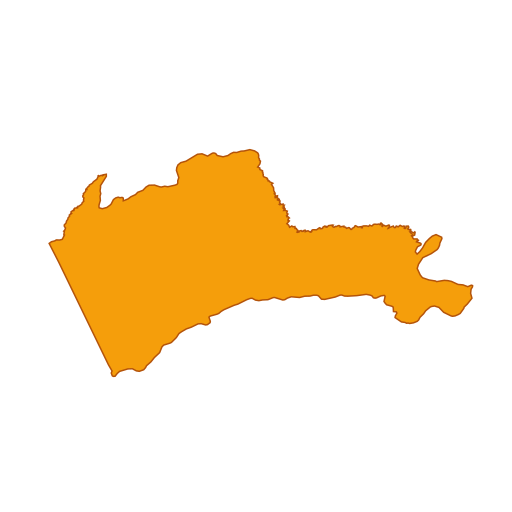 outline of Juruá, Amazonas, Brazil, rotated 64°
{"feature_id": "56859067B52882726289547", "entity_name": "Juruá", "entity_type": "district", "adm_level": 2, "iso_a3": "BRA", "parent_name": "Brazil", "parent_adm1": "Amazonas", "projection": "equal_earth", "projection_center": [-66.308, -3.375], "detail": "fine", "context": "isolated", "style": "filled", "palette": "amber", "viewbox_px": 512, "rotation_deg": 64, "n_neighbors": 0, "source": "geoboundaries", "source_scale": "gbopen_adm2", "svg_char_len": 6144}
<svg xmlns="http://www.w3.org/2000/svg" viewBox="0 0 512 512"><g transform="rotate(64 256 256)"><path d="M307.9,404.2L306.6,402.5L305.1,396.9L302.7,391.8L300.6,385.0L296.4,380.3L295.6,378.0L296.6,371.6L296.6,369.9L294.4,363.4L291.9,359.2L291.4,355.9L291.0,350.5L291.6,345.5L291.6,337.8L292.8,334.9L295.9,331.5L296.4,329.7L295.8,326.5L294.7,325.7L290.3,325.1L289.9,323.6L291.2,316.6L291.3,314.6L290.5,311.6L290.2,308.3L290.7,297.2L291.3,293.4L291.2,283.5L291.6,279.7L292.3,278.0L295.4,275.8L297.4,273.0L298.4,269.3L300.5,264.4L300.9,258.8L301.5,257.4L307.3,251.2L307.9,249.3L307.6,246.2L308.1,242.2L312.4,235.0L313.5,229.8L315.7,225.0L316.4,221.6L317.8,218.7L319.1,217.3L323.5,216.1L325.1,213.3L327.6,202.8L328.0,197.6L328.7,196.0L330.8,194.0L332.3,191.2L335.8,182.8L338.8,173.7L341.3,170.4L342.8,169.2L345.0,168.8L346.1,167.4L346.5,166.0L346.6,161.3L347.6,158.0L348.8,157.6L353.0,160.9L355.0,160.6L357.1,160.0L360.7,155.9L362.1,155.1L366.2,156.8L367.7,154.4L369.1,154.4L371.0,157.1L372.3,158.0L379.0,154.2L381.1,151.1L382.4,150.2L383.0,148.6L384.0,147.5L385.1,143.8L385.4,139.8L384.8,137.9L383.0,135.5L381.4,130.7L379.6,127.5L378.2,121.6L378.4,120.1L379.2,117.5L382.4,114.1L388.9,112.0L395.4,106.9L396.3,105.8L397.1,103.4L397.3,99.9L397.1,97.6L394.2,92.2L393.2,91.4L391.8,87.1L388.6,80.4L383.7,79.5L380.2,77.3L378.6,74.9L377.5,74.3L376.6,75.3L376.4,79.1L372.7,82.6L370.1,86.9L364.5,91.5L362.2,94.4L360.4,97.5L358.2,104.9L357.1,105.7L353.3,111.1L348.7,115.7L347.8,116.1L345.0,116.7L337.9,116.6L334.6,113.5L330.6,106.8L330.7,97.5L329.6,90.3L328.7,88.6L326.9,86.4L325.0,85.1L321.9,81.3L320.5,80.9L315.7,84.8L315.4,88.8L316.3,92.5L318.1,97.5L321.8,102.8L323.9,107.0L324.9,110.4L322.2,111.0L320.7,109.8L318.5,106.8L318.4,103.1L317.6,102.3L316.6,102.5L313.6,105.6L313.2,105.1L313.2,102.5L312.6,103.9L311.3,103.7L309.8,106.8L308.2,107.2L307.3,106.9L306.0,107.4L305.6,106.0L306.7,105.5L306.7,104.2L304.4,102.6L303.9,102.7L304.3,104.0L303.5,104.9L303.8,106.5L302.4,107.0L302.0,105.7L301.1,106.8L300.5,105.4L299.9,105.4L298.8,107.6L298.1,107.6L297.0,106.0L295.9,106.0L295.0,107.9L296.6,109.2L296.7,109.9L296.1,110.6L294.3,109.5L293.8,110.1L293.6,111.6L291.6,113.0L292.1,115.5L290.7,116.5L290.6,117.1L291.5,118.0L291.4,118.8L291.0,119.3L289.3,119.4L288.8,123.9L286.9,122.6L286.4,123.0L286.1,126.2L284.3,127.7L284.8,129.6L284.3,129.7L283.0,128.4L281.3,129.0L281.1,129.6L282.4,130.3L282.3,130.8L281.2,131.4L280.6,133.4L279.5,135.2L279.1,136.7L279.8,138.1L279.7,138.9L278.1,140.3L278.7,141.8L277.4,143.4L276.0,146.4L276.1,147.5L277.2,148.0L276.8,148.8L275.8,148.3L274.7,151.6L272.4,153.2L272.3,153.8L273.3,155.4L273.3,157.3L274.0,158.4L273.7,159.1L271.5,159.7L271.1,160.2L270.8,162.6L269.4,162.8L268.5,164.2L267.7,163.9L266.7,167.6L266.2,167.3L265.1,167.9L264.8,168.6L264.7,171.1L264.2,171.6L264.4,173.3L263.0,174.3L262.6,174.3L262.1,173.1L261.7,173.6L260.5,177.5L261.2,179.7L260.5,180.5L260.3,179.8L259.2,181.1L259.4,183.1L260.3,184.0L260.2,184.9L259.7,186.1L259.3,185.8L258.4,186.6L259.0,190.1L257.3,193.4L257.4,194.6L258.3,195.1L258.1,195.7L258.6,195.8L258.5,196.6L256.1,198.2L255.8,200.6L255.4,200.1L254.2,200.6L254.6,202.1L253.9,202.4L254.3,203.4L254.0,204.0L252.9,204.3L252.6,205.9L253.3,206.8L252.9,208.5L252.5,208.7L252.1,207.3L251.6,207.6L251.3,207.1L249.7,207.9L249.2,207.6L248.3,208.1L248.2,208.8L246.6,208.1L245.8,210.2L244.7,210.6L244.9,213.2L242.7,213.1L240.5,214.1L239.3,211.2L238.8,211.8L238.4,211.7L238.6,210.9L237.5,211.4L236.4,210.3L236.4,209.4L234.6,210.1L234.2,210.9L233.7,210.4L233.2,210.8L232.3,208.9L231.5,209.5L230.5,209.3L229.4,208.2L227.7,209.9L227.2,211.2L226.3,210.2L226.7,209.4L226.2,209.2L225.4,210.2L225.3,209.4L224.8,209.3L223.9,210.2L223.7,209.2L223.1,209.4L222.7,208.3L221.9,209.3L221.2,208.9L220.3,212.2L219.8,212.4L219.9,211.7L219.4,211.1L218.4,211.4L217.2,210.3L215.9,211.4L215.9,210.4L215.3,210.3L214.8,210.4L214.5,211.7L213.8,210.9L212.9,211.2L212.1,212.9L211.1,211.7L210.9,212.6L210.2,211.8L208.0,212.3L207.6,211.9L207.8,211.3L205.0,211.4L202.4,210.3L198.4,210.7L198.0,209.0L195.1,211.3L194.5,211.1L193.7,212.2L193.1,211.8L192.0,212.3L191.5,211.8L190.7,212.0L188.3,214.2L187.0,214.4L185.7,213.6L185.1,213.8L183.7,213.1L183.2,213.5L182.2,212.8L180.0,214.6L178.6,214.0L176.8,215.5L174.9,212.1L172.7,210.4L171.3,210.9L170.3,210.4L168.8,210.6L166.6,209.4L165.1,209.2L164.0,209.3L160.9,211.2L157.7,214.9L156.4,220.6L155.2,223.5L154.5,228.0L153.0,230.7L152.9,233.8L153.4,237.2L152.4,242.1L148.7,246.8L146.3,247.3L145.4,248.1L144.6,249.4L144.5,250.9L145.0,255.7L140.5,259.7L138.9,264.0L140.1,277.3L139.1,282.7L139.9,286.2L141.9,288.5L144.2,290.0L151.7,291.0L154.0,293.3L156.3,294.4L157.0,295.6L156.9,297.4L155.1,304.9L153.3,307.4L152.5,310.9L151.6,312.2L147.8,316.1L145.5,321.1L145.8,324.6L147.4,328.9L146.9,334.4L148.0,337.4L147.9,342.5L148.6,345.9L148.4,349.4L148.2,351.1L145.7,349.9L144.6,350.7L144.0,352.7L142.7,354.1L142.3,356.7L142.8,359.4L145.8,363.4L146.3,364.9L147.0,368.8L146.1,373.4L144.0,375.8L143.0,375.6L141.3,374.7L137.8,371.5L133.9,370.0L131.9,368.2L129.1,367.6L125.8,365.4L124.7,365.1L118.8,355.6L116.9,354.7L116.0,357.8L116.5,357.8L116.5,359.0L115.6,359.7L115.5,362.1L114.7,362.3L114.8,362.9L115.3,362.9L117.2,365.3L118.0,369.6L118.9,371.2L119.2,374.7L120.0,375.4L120.0,376.2L121.3,379.1L121.9,379.0L121.5,379.7L123.3,380.9L124.3,383.9L125.3,384.1L126.1,385.4L127.2,385.7L128.3,385.2L130.2,386.6L131.3,386.8L131.9,388.8L133.0,389.9L133.6,393.1L133.3,394.4L133.9,394.7L133.8,395.5L134.4,395.5L133.5,398.0L134.1,399.2L134.5,399.0L135.3,399.8L134.8,400.9L135.3,403.0L136.3,403.2L136.6,403.8L137.0,403.4L137.4,405.9L138.5,406.1L139.4,408.3L140.5,409.0L141.6,411.1L143.0,412.1L144.1,414.8L145.5,415.3L147.3,414.9L148.8,416.4L149.4,417.9L149.9,417.5L152.7,419.4L153.2,419.0L156.1,422.8L155.6,425.4L154.0,428.5L154.2,430.2L153.5,433.6L154.0,436.4L175.3,436.0L289.0,436.3L296.3,435.8L297.7,437.4L300.6,437.7L301.6,437.1L302.3,435.4L300.7,432.1L299.9,429.2L301.3,420.7L303.2,416.5L306.8,413.9L308.5,411.4L309.0,406.8L307.9,404.2ZM288.8,123.9L289.2,124.5L289.1,125.1L288.7,124.6L288.8,123.9ZM211.1,211.7L211.8,211.2L211.8,210.6L211.3,210.3L211.1,211.7Z" fill="#f59e0b" stroke="#b45309" stroke-width="1.5"/></g></svg>